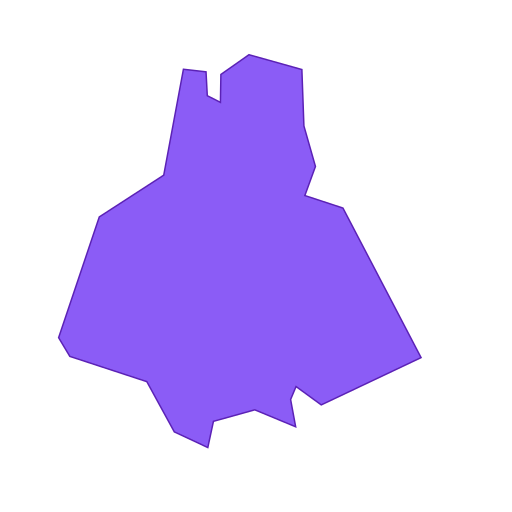 the district of Mvolo, Western Equatoria, South Sudan, rotated 10°
{"feature_id": "79223893B56262288593012", "entity_name": "Mvolo", "entity_type": "district", "adm_level": 2, "iso_a3": "SSD", "parent_name": "South Sudan", "parent_adm1": "Western Equatoria", "projection": "equal_earth", "projection_center": [30.037, 5.951], "detail": "fine", "context": "isolated", "style": "filled", "palette": "violet", "viewbox_px": 512, "rotation_deg": 10, "n_neighbors": 0, "source": "geoboundaries", "source_scale": "gbopen_adm2", "svg_char_len": 474}
<svg xmlns="http://www.w3.org/2000/svg" viewBox="0 0 512 512"><g transform="rotate(10 256 256)"><path d="M333.3,193.7L293.6,188.0L299.0,157.5L280.6,119.6L268.8,64.4L214.1,59.0L189.9,83.3L194.3,110.9L180.2,106.6L174.8,83.3L152.1,84.7L151.1,192.4L94.9,244.7L75.8,370.7L90.1,387.2L170.3,398.7L206.1,443.4L241.8,453.0L242.8,426.2L281.5,407.7L324.7,417.3L315.0,391.3L318.1,377.6L346.1,391.3L436.2,327.4L333.3,193.7Z" fill="#8b5cf6" stroke="#5b21b6" stroke-width="1.5"/></g></svg>